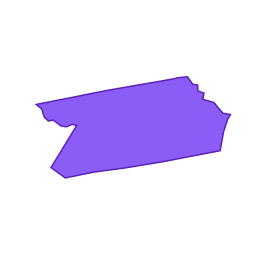 Sussex, Virginia, United States of America, rotated 21°
{"feature_id": "52423323B89095979768241", "entity_name": "Sussex", "entity_type": "district", "adm_level": 2, "iso_a3": "USA", "parent_name": "United States of America", "parent_adm1": "Virginia", "projection": "robinson", "projection_center": [-77.249, 36.91], "detail": "fine", "context": "isolated", "style": "filled", "palette": "violet", "viewbox_px": 256, "rotation_deg": 21, "n_neighbors": 0, "source": "geoboundaries", "source_scale": "gbopen_adm2", "svg_char_len": 527}
<svg xmlns="http://www.w3.org/2000/svg" viewBox="0 0 256 256"><g transform="rotate(21 128 128)"><path d="M165.0,58.9L156.1,63.4L153.4,65.5L96.3,99.6L33.9,138.9L40.7,141.2L45.9,147.9L51.2,150.0L55.3,147.4L64.6,150.1L70.0,149.0L74.6,144.6L79.2,144.0L70.3,192.5L87.3,197.1L111.4,181.7L138.4,167.0L175.1,145.5L189.2,136.6L222.1,116.2L220.1,105.3L218.6,97.2L217.9,84.5L218.8,78.7L211.1,80.2L199.1,73.4L187.5,74.4L186.5,68.3L180.0,68.4L177.6,62.9L173.0,64.0L165.0,58.9Z" fill="#8b5cf6" stroke="#5b21b6" stroke-width="1.5"/></g></svg>